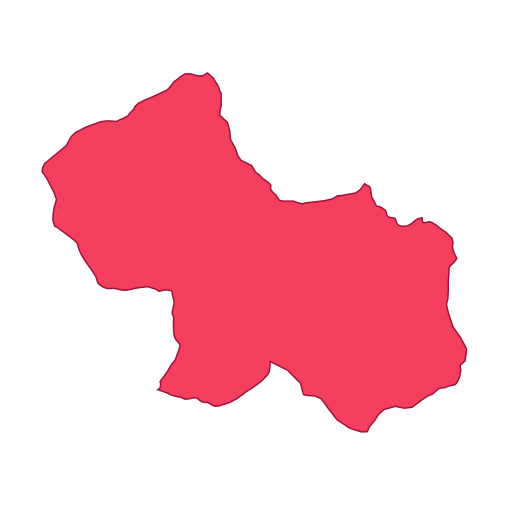 Bjachho, Chhukha, Bhutan, rotated 261°
{"feature_id": "84629894B4757320303764", "entity_name": "Bjachho", "entity_type": "district", "adm_level": 2, "iso_a3": "BTN", "parent_name": "Bhutan", "parent_adm1": "Chhukha", "projection": "mercator", "projection_center": [89.581, 27.074], "detail": "fine", "context": "isolated", "style": "filled", "palette": "rose", "viewbox_px": 512, "rotation_deg": 261, "n_neighbors": 0, "source": "geoboundaries", "source_scale": "gbopen_adm2", "svg_char_len": 4991}
<svg xmlns="http://www.w3.org/2000/svg" viewBox="0 0 512 512"><g transform="rotate(261 256 256)"><path d="M372.5,58.1L365.2,61.6L350.6,66.4L342.9,67.8L335.4,64.2L328.9,62.1L323.5,61.1L320.1,61.3L316.7,62.0L316.2,63.1L315.4,64.1L314.4,65.1L313.5,66.0L312.5,66.9L311.5,67.9L310.6,68.8L309.6,69.8L308.7,70.7L307.7,71.6L306.8,72.6L305.8,73.5L304.8,74.5L303.9,75.4L302.9,76.3L301.9,77.2L300.9,78.1L299.9,79.0L298.9,79.9L297.8,80.7L296.7,81.4L295.4,81.7L294.1,81.8L292.7,81.9L291.4,82.1L290.0,82.3L288.7,82.6L287.4,82.9L286.2,83.3L284.9,83.7L283.6,84.2L282.4,84.6L281.1,85.1L279.9,85.6L278.7,86.2L277.5,86.7L276.2,87.3L275.0,87.9L273.8,88.5L272.6,89.1L271.4,89.7L270.2,90.3L269.1,90.9L267.8,91.5L266.6,92.0L265.4,92.6L264.2,93.1L262.9,93.7L261.7,94.2L260.4,94.6L259.1,94.9L257.8,95.1L256.4,95.2L255.0,95.4L253.8,95.8L252.8,96.5L251.8,97.3L250.8,98.3L249.9,99.4L249.1,100.5L248.4,101.7L247.7,102.9L247.2,104.1L246.9,105.4L246.8,106.7L246.6,108.1L246.5,109.5L246.2,110.8L245.8,112.0L245.3,113.3L244.8,114.5L244.3,115.8L243.8,117.0L243.4,118.3L243.0,119.6L242.7,120.9L242.5,122.3L242.5,123.6L242.5,124.9L242.6,126.3L242.7,127.6L242.8,129.0L242.9,130.3L243.0,131.7L243.0,133.0L243.0,134.4L243.0,135.7L243.0,137.0L242.9,138.4L242.8,139.7L242.8,141.1L242.7,142.4L242.7,143.8L242.3,145.0L241.7,146.3L241.1,147.5L240.5,148.6L239.9,149.8L239.3,151.0L238.7,152.3L238.0,153.0L237.1,153.6L236.4,154.6L236.4,155.6L236.5,156.7L236.6,158.1L236.7,159.5L236.8,160.8L236.5,162.1L236.1,163.4L235.7,164.7L235.2,166.1L234.6,167.2L233.5,167.6L232.1,167.4L230.7,167.4L229.3,167.5L228.0,167.7L226.6,167.8L225.3,167.9L224.0,168.0L222.7,167.8L221.4,167.5L220.2,167.0L218.9,166.4L217.6,166.0L216.4,165.5L215.1,165.0L213.8,164.5L212.6,164.3L211.3,164.4L209.9,164.8L208.6,165.0L207.3,164.9L206.0,164.7L204.7,164.4L203.3,164.1L202.0,163.9L200.7,163.7L199.4,163.5L198.0,163.3L196.7,163.1L195.4,163.0L194.1,162.9L192.7,162.9L191.3,162.8L190.0,162.8L188.7,163.0L187.4,163.2L186.2,163.7L185.0,164.4L183.8,165.1L182.6,165.8L181.4,166.4L180.2,166.9L178.9,166.8L177.6,166.3L176.4,165.7L175.2,165.1L174.1,164.5L172.9,163.8L171.7,163.1L170.6,162.5L169.4,161.8L168.2,161.2L167.0,160.6L165.9,159.8L165.0,158.9L164.1,157.9L163.2,156.8L162.3,155.8L161.3,154.9L160.3,154.1L159.2,153.3L158.2,152.4L157.1,151.6L156.1,150.7L155.1,149.8L154.1,148.9L153.2,147.9L152.2,147.0L151.3,146.0L150.3,145.0L149.4,144.1L148.5,143.1L147.5,142.2L146.5,141.5L145.2,141.8L143.8,141.6L142.5,141.3L141.3,140.9L140.3,140.1L139.3,138.2L138.8,139.3L134.3,147.3L131.7,151.1L128.9,157.3L128.9,158.3L128.3,159.7L127.1,161.1L125.7,163.6L125.4,166.6L125.6,173.3L125.1,175.2L124.0,176.3L122.2,177.8L120.2,180.1L119.3,183.0L119.0,185.1L117.9,186.9L115.5,189.4L114.1,191.8L113.7,195.7L115.5,207.3L118.3,215.4L123.7,225.5L126.7,232.6L131.7,242.0L137.0,249.0L139.7,251.1L145.1,252.6L149.6,253.5L138.1,269.5L130.2,275.0L123.3,280.1L115.9,280.7L111.6,281.4L110.1,285.5L108.6,292.2L105.1,297.7L99.8,300.8L94.9,303.1L92.5,304.4L81.6,310.4L71.7,321.2L69.1,325.8L65.7,332.8L65.1,338.4L69.7,341.4L75.5,348.0L80.2,352.0L84.4,358.4L85.7,370.1L82.5,378.6L82.2,386.6L87.9,397.2L91.0,404.1L91.9,408.3L96.6,416.2L96.5,422.4L97.4,426.0L97.8,432.6L100.6,435.6L104.9,438.2L111.2,440.4L113.8,440.3L116.3,440.6L119.5,445.9L126.7,448.3L131.2,449.4L131.9,449.1L138.5,447.0L144.1,444.9L155.0,439.5L158.9,438.8L169.2,437.2L173.3,436.8L178.5,436.5L183.5,438.7L192.6,440.7L201.4,442.0L207.1,443.5L213.1,444.6L215.6,445.9L218.4,450.0L221.2,453.1L222.1,453.9L228.9,451.9L234.5,451.4L238.3,452.6L242.9,452.4L249.9,447.1L252.3,444.3L258.5,438.6L261.6,434.9L262.8,432.3L262.5,429.2L262.6,427.4L263.0,426.1L264.6,425.7L267.7,426.2L267.5,422.0L267.3,421.1L265.9,418.3L263.8,414.9L262.9,412.9L262.3,410.4L262.0,409.3L262.5,404.9L263.3,402.9L264.3,401.4L265.7,400.4L269.3,399.7L271.5,399.3L273.2,394.0L274.2,392.7L275.5,391.7L277.6,391.4L279.8,391.3L281.4,390.5L282.7,389.2L284.1,387.6L285.0,386.3L285.8,384.9L286.3,382.8L290.7,381.4L295.9,379.5L300.9,379.5L304.5,379.6L306.9,379.0L308.3,376.9L310.4,374.6L305.4,369.6L303.7,366.5L302.6,363.9L302.4,351.9L302.4,348.6L302.7,345.9L300.5,340.8L299.9,332.2L300.1,326.6L300.4,319.1L300.7,313.5L300.3,310.1L301.9,305.8L304.4,301.5L305.9,291.5L307.3,287.8L313.2,285.1L316.2,282.5L319.6,280.9L323.8,281.6L326.5,279.9L332.0,274.2L335.4,272.1L339.1,268.5L346.0,265.9L352.8,256.2L358.0,253.7L366.0,252.3L374.7,249.1L383.9,249.6L392.4,248.7L397.2,244.9L399.6,243.2L400.6,242.1L406.2,243.5L409.8,245.2L422.6,247.0L424.2,246.1L429.9,245.2L434.3,243.3L438.5,241.5L444.3,236.8L444.2,235.9L442.2,231.3L443.1,226.4L446.4,219.3L446.9,213.9L444.5,208.8L442.4,205.2L440.9,202.3L438.5,199.8L435.5,196.5L433.7,193.8L432.0,187.8L429.1,177.6L428.0,173.1L427.3,170.1L425.2,163.7L422.9,160.2L420.0,158.1L417.1,154.1L414.4,151.2L412.5,146.0L411.9,143.1L410.7,139.2L412.6,131.0L413.0,124.1L411.4,116.0L409.9,108.1L406.2,97.1L403.1,92.6L400.8,90.5L394.8,86.1L390.4,78.8L386.6,72.2L384.2,68.2L380.2,61.5L376.1,58.8L372.5,58.1Z" fill="#f43f5e" stroke="#9f1239" stroke-width="1.5"/></g></svg>